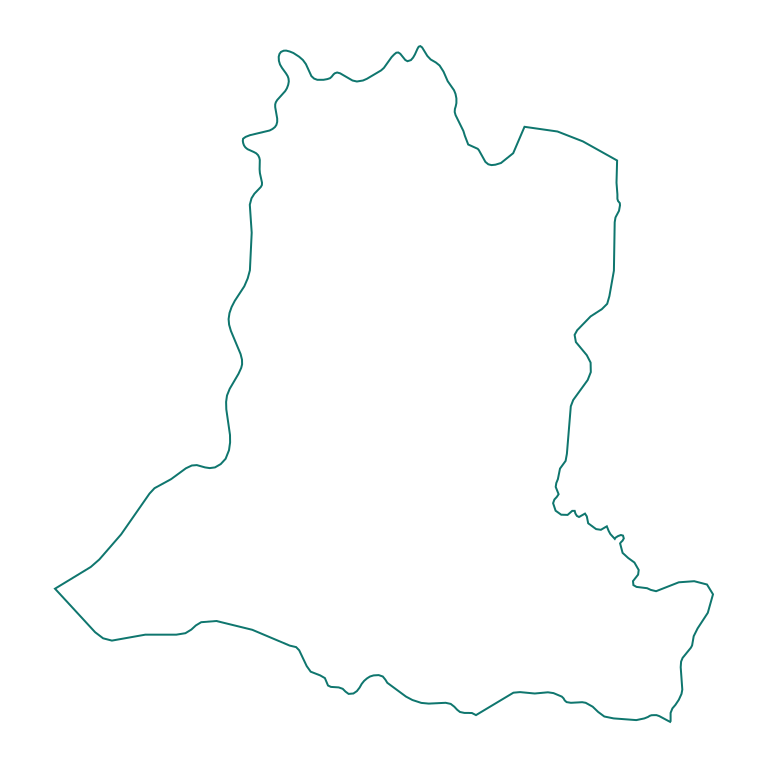 SVG path tracing the border of Basse-Kotto
{"feature_id": "CAF-794", "entity_name": "Basse-Kotto", "entity_type": "Prefecture", "adm_level": 1, "iso_a3": "CAF", "parent_name": "Central African Republic", "parent_adm1": "", "projection": "natural_earth1", "projection_center": [21.411, 4.979], "detail": "fine", "context": "isolated", "style": "outline", "palette": "teal", "viewbox_px": 768, "rotation_deg": 0, "n_neighbors": 0, "source": "natural_earth", "source_scale": "10m", "svg_char_len": 3795}
<svg xmlns="http://www.w3.org/2000/svg" viewBox="0 0 768 768"><path d="M111.9,640.6L103.1,638.3L95.1,632.2L55.0,588.7L90.7,567.0L99.3,559.5L121.1,534.4L149.5,493.6L154.5,488.2L171.0,479.2L185.9,468.3L191.8,465.5L196.8,465.1L205.0,467.4L209.7,468.1L215.0,467.4L220.7,464.1L225.6,458.8L229.0,450.2L230.1,442.4L230.0,435.0L226.3,409.3L226.1,401.9L227.0,395.5L229.7,388.8L238.5,373.8L241.2,367.9L242.1,364.3L242.0,359.7L240.6,354.1L230.9,330.9L229.1,324.7L228.6,319.1L229.5,313.0L231.6,307.0L234.8,300.8L244.3,286.3L247.7,278.4L249.9,270.3L251.7,232.7L249.8,204.7L251.5,198.3L254.4,193.7L260.8,187.0L261.9,185.0L262.0,182.7L259.9,173.1L259.6,169.3L259.8,160.0L259.3,157.7L258.1,155.2L256.2,153.3L253.8,152.0L247.6,149.2L246.7,148.5L245.3,147.3L244.0,145.4L243.2,143.2L242.8,140.9L243.1,138.7L245.6,136.9L249.9,135.2L269.6,130.5L272.5,129.0L274.9,127.1L276.4,124.9L277.2,121.9L277.2,118.6L275.2,107.1L275.2,104.4L275.8,102.3L277.2,100.0L285.2,91.1L286.9,88.3L288.2,84.8L288.8,81.5L288.5,78.5L287.7,76.2L286.0,73.4L282.0,67.9L280.0,64.5L278.9,60.8L278.7,56.8L279.5,53.9L281.0,51.9L283.7,50.7L286.2,50.6L289.7,51.5L293.4,53.0L299.1,56.7L302.9,60.0L305.9,64.1L311.4,76.1L314.1,78.6L317.3,79.8L323.5,79.8L327.3,79.1L330.0,78.2L331.5,76.9L333.6,74.3L334.8,73.3L337.1,72.5L340.1,73.3L352.5,80.5L356.9,81.5L363.0,80.5L366.9,78.8L381.1,70.4L383.9,67.9L391.6,57.1L394.2,54.4L396.3,52.7L398.3,52.5L400.3,53.8L405.3,60.0L407.5,61.2L410.9,60.1L413.1,57.6L414.9,54.5L417.6,48.5L418.7,46.7L420.3,46.1L422.1,47.4L427.3,55.9L430.7,59.5L435.9,62.5L439.6,65.5L443.5,71.6L447.7,81.2L454.0,90.2L455.5,93.9L456.4,98.4L456.4,103.1L455.7,106.4L454.9,109.0L454.7,112.0L455.6,115.2L463.4,131.0L464.8,135.6L468.2,144.5L477.7,148.8L478.9,150.2L485.4,161.9L488.3,164.3L491.5,165.1L495.4,164.7L501.0,163.0L513.2,153.2L524.5,126.8L557.5,131.5L582.9,141.4L617.1,160.5L616.5,182.7L617.4,194.4L617.4,198.9L618.1,201.1L619.0,202.1L619.8,203.1L620.0,205.3L619.0,210.8L615.5,217.4L614.7,222.2L613.9,270.7L609.4,296.1L607.2,303.8L601.9,309.1L590.6,316.4L577.2,330.2L574.6,334.9L575.9,342.1L586.8,355.2L590.6,362.6L590.8,372.1L587.7,380.0L573.2,400.0L570.8,406.3L566.9,453.8L565.6,460.9L560.0,468.6L557.9,479.1L556.3,483.0L555.7,486.9L558.6,494.2L556.9,496.8L554.4,499.5L553.1,503.2L555.6,510.7L561.2,514.7L567.6,514.9L572.2,510.9L574.7,510.9L575.4,513.5L576.9,515.9L579.0,517.0L585.0,513.6L586.8,516.4L588.2,523.3L596.1,529.1L600.9,529.8L606.8,526.3L608.7,531.0L610.4,534.1L614.8,538.9L615.5,537.7L618.0,536.1L620.9,535.0L623.0,535.6L623.8,538.4L622.6,540.6L620.9,542.3L620.1,543.4L622.6,552.9L628.2,558.0L634.4,562.5L638.7,570.0L638.1,574.6L633.0,581.1L633.4,585.1L636.5,586.9L647.1,588.2L650.8,589.9L656.1,591.2L678.8,582.3L694.2,581.2L707.0,584.5L713.0,594.3L707.8,612.8L697.6,628.4L693.7,636.2L692.1,645.4L690.9,647.7L682.6,657.9L681.1,661.6L680.7,667.2L682.3,689.6L681.5,693.9L678.8,699.8L675.4,704.9L672.4,708.4L670.6,712.9L670.6,721.1L670.1,721.9L659.3,716.1L656.4,715.1L651.7,715.2L649.8,715.8L648.1,716.9L644.4,718.4L636.3,720.1L613.6,718.4L604.3,716.5L598.1,711.9L592.7,706.7L585.7,702.8L582.2,702.2L570.9,702.8L566.6,702.1L564.7,700.4L563.6,698.4L561.8,696.6L553.5,693.1L547.9,692.3L534.7,693.5L520.0,692.1L513.4,692.7L476.0,715.1L471.9,713.0L464.3,712.9L460.0,712.0L457.2,709.8L454.3,706.7L450.7,703.9L445.6,702.8L428.8,703.6L421.3,702.9L412.4,700.0L406.0,696.6L387.3,682.8L385.4,679.7L382.8,676.5L378.7,675.1L373.6,675.4L370.0,676.5L367.0,678.4L364.1,680.9L361.7,683.9L359.6,687.6L356.9,691.1L353.4,693.5L348.6,693.9L345.5,691.6L342.7,688.8L338.7,687.4L330.9,686.9L328.0,685.5L324.9,678.1L320.2,675.4L310.7,671.7L306.7,666.1L299.2,650.3L296.1,647.1L289.7,645.6L252.3,629.8L216.4,621.0L201.2,622.2L195.9,625.4L191.3,629.6L185.4,633.2L176.1,634.7L145.1,634.7L111.9,640.6Z" fill="none" stroke="#0f766e" stroke-width="2"/></svg>